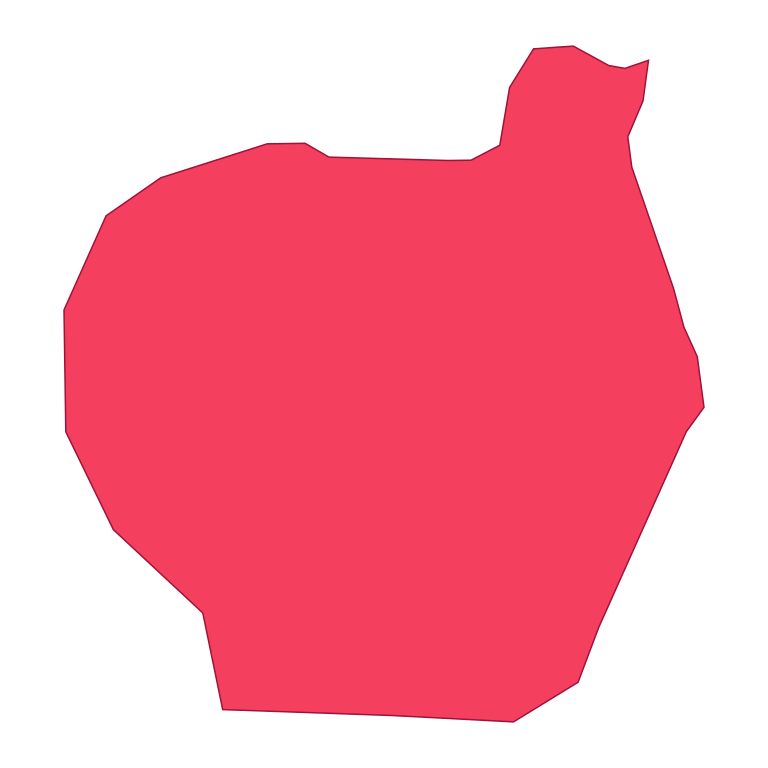 the district of Beni, Nord-Kivu, Democratic Republic of the Congo
{"feature_id": "63176286B12710938610069", "entity_name": "Beni", "entity_type": "district", "adm_level": 2, "iso_a3": "COD", "parent_name": "Democratic Republic of the Congo", "parent_adm1": "Nord-Kivu", "projection": "mercator", "projection_center": [29.473, 0.481], "detail": "fine", "context": "isolated", "style": "filled", "palette": "rose", "viewbox_px": 768, "rotation_deg": 0, "n_neighbors": 0, "source": "geoboundaries", "source_scale": "gbopen_adm2", "svg_char_len": 508}
<svg xmlns="http://www.w3.org/2000/svg" viewBox="0 0 768 768"><path d="M160.7,177.8L106.1,215.8L64.0,310.0L65.8,431.8L113.4,529.7L202.8,613.0L222.7,709.6L391.6,715.5L513.5,721.9L578.1,682.2L598.7,627.5L686.3,431.7L704.0,407.3L697.3,356.8L683.9,327.1L673.6,288.6L631.8,167.2L627.8,136.8L643.0,100.9L648.5,60.3L624.9,68.4L608.7,65.5L573.3,46.1L533.6,48.8L509.6,87.4L499.8,145.2L471.0,160.2L447.5,160.5L328.9,157.1L305.1,143.3L267.3,143.8L160.7,177.8Z" fill="#f43f5e" stroke="#9f1239" stroke-width="1.5"/></svg>